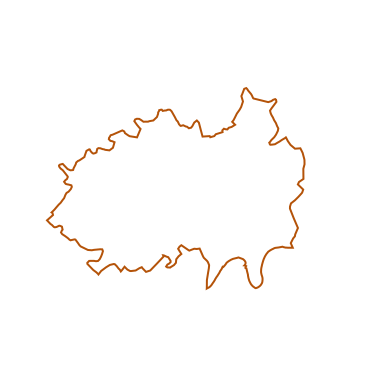 the district of Quwisna, Al Minufiyah, Egypt, rotated 44°
{"feature_id": "37247803B73326223517768", "entity_name": "Quwisna", "entity_type": "district", "adm_level": 2, "iso_a3": "EGY", "parent_name": "Egypt", "parent_adm1": "Al Minufiyah", "projection": "equal_earth", "projection_center": [31.193, 30.56], "detail": "fine", "context": "isolated", "style": "outline", "palette": "amber", "viewbox_px": 384, "rotation_deg": 44, "n_neighbors": 0, "source": "geoboundaries", "source_scale": "gbopen_adm2", "svg_char_len": 6042}
<svg xmlns="http://www.w3.org/2000/svg" viewBox="0 0 384 384"><g transform="rotate(44 192 192)"><path d="M182.0,316.3L181.5,311.9L182.5,305.8L183.6,301.5L185.7,298.2L186.1,298.0L186.5,297.6L189.2,297.6L192.5,298.1L193.9,298.0L196.0,298.6L195.9,296.7L195.4,292.6L199.4,292.7L202.2,291.9L203.0,291.3L206.0,287.6L207.1,283.3L208.1,281.0L209.1,281.2L214.4,281.4L216.5,277.5L216.5,269.9L216.5,268.6L216.4,260.0L216.4,258.4L215.7,257.8L215.2,257.6L215.7,257.2L218.6,256.2L220.2,255.4L224.4,256.4L225.3,257.3L225.3,259.3L224.7,261.3L225.2,263.6L226.6,263.4L228.8,261.5L228.9,260.7L229.8,257.1L229.6,254.1L227.4,251.3L227.1,248.4L227.0,247.8L227.4,244.0L221.5,242.5L221.0,240.0L221.3,237.7L230.2,236.2L230.8,236.0L233.0,231.3L235.0,229.7L236.8,227.4L244.3,230.5L246.1,231.1L250.6,231.1L252.2,231.4L255.1,232.7L255.7,233.4L257.2,235.3L259.1,238.1L263.9,245.0L269.2,250.6L269.7,251.2L269.9,250.5L270.2,249.7L270.3,249.4L270.5,248.8L270.6,248.3L270.7,247.7L270.7,247.4L270.7,246.9L270.7,246.3L270.7,245.7L270.6,245.2L270.5,244.6L270.2,242.9L270.0,241.5L269.6,239.6L269.2,238.4L269.1,237.9L268.9,237.0L268.7,236.0L268.5,234.4L268.2,233.2L268.1,232.6L268.0,232.0L267.7,230.8L267.3,229.6L267.1,229.0L267.1,228.5L267.0,227.9L266.9,227.4L266.8,226.8L266.5,226.0L266.2,225.1L266.0,224.6L266.0,224.2L266.3,224.0L266.6,224.0L266.6,223.1L266.6,222.6L266.5,221.7L266.5,221.2L266.4,220.8L266.3,219.9L266.0,218.8L266.2,217.9L266.3,216.9L266.5,215.9L266.8,214.9L267.2,213.4L267.6,212.5L267.9,211.7L268.4,210.9L269.2,209.6L270.1,208.2L270.9,206.8L275.2,204.9L275.3,204.9L276.1,204.8L276.7,204.8L277.2,204.8L278.0,204.9L278.6,205.1L279.0,205.2L279.4,205.4L279.8,205.8L280.0,206.0L280.3,206.5L280.5,206.9L280.6,207.3L280.6,207.5L280.7,207.9L280.7,208.4L281.1,208.1L281.5,208.0L282.0,207.8L282.4,207.7L282.5,208.2L282.7,208.6L282.9,209.0L283.1,209.5L283.5,209.5L283.8,209.4L284.1,209.3L284.3,209.2L286.7,210.8L289.8,212.7L290.5,213.4L291.3,213.9L292.1,214.5L293.3,215.2L294.5,215.9L295.4,216.3L296.3,216.6L297.1,216.9L298.0,217.2L298.4,217.3L299.0,217.4L299.7,217.5L300.4,217.5L301.1,217.6L301.8,217.5L302.5,217.4L303.2,217.3L303.9,217.2L304.5,217.0L304.9,216.5L305.1,216.0L305.4,215.5L305.7,214.7L305.8,214.1L306.0,213.5L306.0,213.0L306.1,212.4L306.1,212.1L306.1,211.8L306.1,211.2L306.0,210.6L305.9,210.1L305.8,209.8L305.7,209.2L305.6,208.9L305.5,208.7L305.1,207.9L304.5,207.1L304.1,206.6L303.7,206.1L303.2,205.6L302.7,205.1L302.2,204.7L301.7,204.4L301.1,204.0L299.7,203.3L298.8,202.7L297.9,202.1L297.3,201.6L296.8,201.1L296.3,200.5L295.8,200.0L295.1,199.1L294.6,198.4L294.3,197.9L293.7,196.9L293.0,195.8L292.0,194.0L291.1,192.3L290.2,190.4L290.0,189.8L289.7,189.0L289.2,187.6L289.0,186.7L288.8,185.8L288.6,184.9L288.5,184.0L288.5,183.5L288.4,182.6L288.3,182.0L288.5,181.2L288.6,180.7L288.8,179.6L289.1,178.6L289.4,177.6L289.8,176.6L290.1,175.6L290.6,174.5L291.8,173.0L292.7,171.9L294.0,170.1L295.1,168.5L296.1,168.1L296.9,167.6L297.8,167.1L298.7,166.3L299.3,165.8L299.9,165.3L300.5,164.7L301.1,164.1L301.6,163.6L302.4,162.9L303.2,162.1L302.5,161.8L298.6,160.2L297.0,155.1L296.8,152.4L295.7,150.8L293.2,144.3L283.2,140.1L274.0,135.9L272.6,134.4L271.1,131.4L271.8,126.4L271.9,121.5L271.8,118.1L271.7,116.0L270.6,113.6L270.3,113.0L262.9,113.0L262.0,110.4L263.1,105.2L256.0,98.0L253.7,93.9L250.7,90.9L249.7,90.2L244.4,87.0L241.9,86.1L239.6,85.3L236.0,89.3L230.2,89.7L225.6,88.8L222.0,87.6L221.6,87.5L221.5,88.4L220.5,92.0L219.9,95.0L219.2,97.3L218.5,100.0L216.7,102.3L215.5,103.6L214.9,103.6L213.3,102.8L213.4,102.3L213.0,99.5L213.1,95.5L212.6,92.4L211.3,88.4L209.9,86.3L207.5,85.5L204.4,84.1L201.2,83.3L198.5,82.2L195.9,81.5L193.9,80.7L191.6,79.3L191.1,76.6L190.1,68.5L188.4,67.3L187.3,67.4L186.3,69.4L186.0,71.4L184.4,74.4L171.3,82.0L170.7,82.0L167.9,80.9L166.4,80.5L161.7,80.0L160.3,79.6L158.8,79.6L157.9,81.5L160.1,86.6L160.9,88.7L165.8,91.5L168.3,96.7L169.1,99.7L169.8,104.4L171.2,108.8L172.0,111.5L172.2,113.6L176.3,113.7L175.3,117.7L173.8,120.3L174.0,122.4L172.5,123.6L171.6,124.0L171.0,124.3L171.0,126.6L172.4,127.7L169.0,133.9L169.2,136.3L167.1,139.9L165.9,139.5L161.1,144.8L155.1,141.2L148.7,137.3L145.8,137.2L145.4,140.5L146.5,144.3L146.7,146.3L145.5,148.3L143.1,148.5L142.0,149.2L139.3,150.1L138.4,151.7L137.8,152.4L135.7,152.3L132.8,151.2L131.1,151.2L127.6,150.0L121.2,148.1L119.2,148.1L118.3,148.7L117.4,149.7L116.7,151.4L115.8,152.3L114.9,153.6L114.6,154.0L113.1,153.8L112.6,154.2L111.6,155.9L111.9,156.2L112.4,158.3L113.3,159.3L114.7,162.4L114.5,167.4L112.1,170.7L111.5,172.0L108.2,175.2L105.3,175.6L103.2,176.1L101.4,177.7L100.7,179.4L101.3,181.1L105.6,181.9L109.1,182.3L111.2,182.4L114.5,190.9L108.5,195.1L107.6,195.4L106.1,195.7L102.9,196.2L101.2,195.5L99.1,196.1L95.0,206.1L94.2,207.3L94.1,208.0L94.6,209.4L94.6,210.4L95.5,211.8L97.8,211.9L99.3,210.9L101.7,210.0L104.4,215.1L103.7,219.4L100.2,222.0L99.3,222.3L97.8,223.3L95.7,224.2L94.2,225.5L93.9,226.8L95.3,229.2L95.8,229.9L95.2,231.6L94.3,232.9L93.4,233.2L90.8,233.1L89.0,232.4L88.4,232.7L87.5,235.7L89.7,240.5L90.3,241.5L89.9,243.5L89.0,247.6L88.7,248.2L88.4,248.9L88.2,251.2L89.1,252.9L90.4,257.3L91.2,258.7L90.6,259.6L89.4,260.9L86.5,261.9L79.5,261.6L79.2,262.0L77.9,264.3L77.9,265.3L78.8,266.0L81.1,266.4L84.0,266.1L91.3,267.1L92.2,267.4L93.0,269.5L92.7,271.5L92.9,273.5L95.5,273.9L96.7,273.3L98.2,272.3L100.6,271.0L102.0,271.8L102.8,274.1L103.0,277.5L102.4,279.8L102.9,281.9L104.3,285.3L104.5,287.6L105.0,291.0L104.9,293.7L105.1,297.4L105.3,300.4L105.2,304.2L106.2,304.0L108.0,305.1L107.4,313.1L112.4,313.3L114.2,313.0L116.8,313.1L117.7,312.8L118.3,312.1L118.9,311.2L119.9,308.5L120.8,307.9L122.5,307.3L125.1,309.0L125.1,310.0L125.9,312.1L127.9,312.5L131.1,311.9L133.2,311.6L135.0,311.4L137.0,311.4L138.2,311.1L138.8,310.1L139.7,308.8L140.3,307.8L141.2,307.2L145.9,308.0L147.6,308.4L149.7,308.5L157.4,306.0L160.4,303.5L161.6,301.8L165.8,296.9L167.3,295.6L169.0,296.4L170.4,299.1L171.5,301.8L172.3,304.5L172.3,306.9L171.0,308.5L169.5,309.5L166.5,312.4L165.9,313.0L165.9,315.7L166.7,316.4L175.2,316.7L179.0,316.2L181.4,316.2L182.0,316.3Z" fill="none" stroke="#b45309" stroke-width="2"/></g></svg>